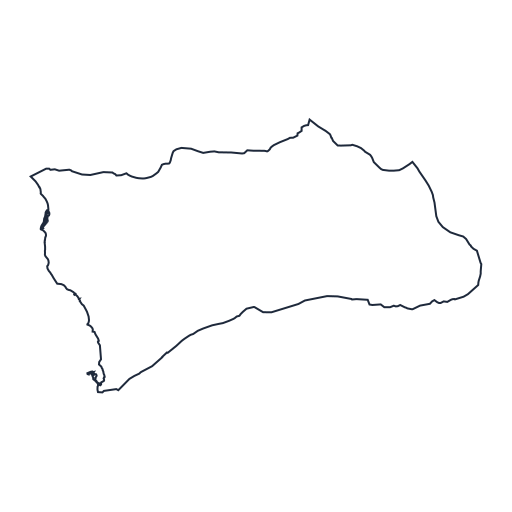 the district of Bajil, Al Hudaydah, Yemen
{"feature_id": "15242507B92683143356250", "entity_name": "Bajil", "entity_type": "district", "adm_level": 2, "iso_a3": "YEM", "parent_name": "Yemen", "parent_adm1": "Al Hudaydah", "projection": "orthographic", "projection_center": [42.982, 15.041], "detail": "fine", "context": "isolated", "style": "outline", "palette": "slate", "viewbox_px": 512, "rotation_deg": 0, "n_neighbors": 0, "source": "geoboundaries", "source_scale": "gbopen_adm2", "svg_char_len": 5806}
<svg xmlns="http://www.w3.org/2000/svg" viewBox="0 0 512 512"><path d="M476.9,250.7L473.5,248.8L471.0,246.4L470.8,245.6L469.5,244.5L466.1,239.0L463.2,236.5L458.7,235.2L450.3,232.3L442.8,227.1L438.4,221.8L436.3,216.2L434.5,202.6L433.2,197.4L432.9,195.1L431.7,191.8L428.7,185.6L425.5,180.5L419.3,171.5L417.5,168.3L412.4,161.9L409.4,164.2L402.9,168.4L399.2,170.2L393.4,170.7L389.3,170.7L382.8,169.9L381.1,169.1L379.5,167.7L373.8,162.1L372.2,158.0L371.3,156.4L370.1,154.8L365.0,151.7L364.2,150.7L361.0,148.1L357.2,146.3L352.4,144.8L350.7,145.3L341.1,145.6L337.7,145.5L333.1,141.0L331.7,137.8L331.3,137.7L330.5,135.3L329.8,134.1L325.9,131.1L318.2,126.4L309.6,119.6L308.1,125.1L306.1,125.3L304.1,125.9L301.6,127.4L301.6,130.9L299.2,132.5L297.6,133.3L297.4,135.6L293.2,137.7L290.0,137.8L287.9,139.0L279.9,142.2L273.9,145.1L272.2,146.3L270.7,147.6L269.8,149.3L268.1,150.9L267.1,151.4L265.6,151.0L264.3,150.8L253.0,150.7L247.3,150.3L244.2,153.2L242.1,153.5L231.4,152.5L218.7,152.3L214.4,151.4L210.4,151.7L203.2,152.9L197.9,151.2L191.1,148.7L181.4,147.9L176.4,149.3L173.6,151.1L172.8,152.6L172.2,154.5L171.1,158.2L170.7,160.3L169.8,162.7L169.1,163.5L167.5,163.7L165.5,163.7L163.6,164.1L161.9,164.8L160.7,167.5L158.2,171.9L156.4,173.4L152.8,176.0L150.9,176.9L146.7,178.0L144.7,178.4L142.7,178.5L138.5,178.2L136.2,177.8L131.7,176.5L129.5,175.5L127.6,174.4L127.2,173.9L126.4,173.3L121.2,175.2L116.4,175.5L115.3,174.2L113.6,173.4L112.4,172.5L103.4,172.1L90.3,175.0L82.0,174.5L71.9,171.2L71.1,170.4L69.3,169.7L59.1,170.7L54.8,169.3L50.4,169.8L49.2,168.7L46.1,168.7L30.7,176.5L35.5,181.3L38.0,184.8L39.2,187.1L39.4,187.0L39.7,187.4L39.7,187.6L40.4,189.1L40.5,190.0L40.8,192.1L40.7,193.5L40.9,193.9L43.0,195.9L43.4,196.5L45.4,198.8L46.8,201.5L47.6,203.5L48.0,205.2L48.4,209.2L48.3,210.6L48.4,211.2L49.2,212.5L49.4,214.0L49.0,215.3L48.8,215.5L48.6,215.4L48.2,215.6L47.5,216.7L47.5,218.0L47.3,218.4L47.3,219.9L47.6,220.0L47.7,220.5L47.2,220.4L46.7,222.3L46.5,222.2L46.0,223.0L45.8,223.7L43.4,226.5L43.2,227.1L42.5,227.7L42.3,228.0L42.7,228.3L42.4,228.4L41.9,228.2L41.9,227.8L42.3,227.0L42.1,227.2L42.2,226.6L42.5,226.4L43.0,225.4L43.6,225.0L42.8,225.0L42.8,224.8L43.1,224.8L43.0,224.7L43.0,224.4L43.8,224.1L44.3,223.5L45.0,223.1L44.6,223.1L44.2,223.2L44.4,222.9L44.2,223.0L45.1,222.3L44.9,222.1L44.6,222.3L45.2,221.6L45.3,221.0L45.1,220.9L45.4,220.6L45.2,220.4L45.5,220.0L45.3,219.9L45.5,219.6L45.5,219.3L45.9,218.8L45.9,217.9L46.2,217.4L46.7,217.0L46.4,217.0L45.8,217.6L46.0,217.2L46.5,216.9L45.7,217.3L45.9,216.9L46.0,216.9L46.0,216.5L46.4,216.3L46.1,216.3L46.0,216.1L46.6,215.1L46.5,214.7L46.8,213.6L47.5,213.2L46.9,212.9L47.2,212.8L47.0,212.7L47.2,212.3L46.9,212.3L47.0,212.1L46.8,211.9L47.3,211.1L47.2,210.5L47.6,210.4L47.4,210.2L47.1,210.2L46.4,211.1L45.8,212.1L45.1,216.5L44.2,218.6L43.8,221.8L43.4,222.8L41.6,225.6L41.0,227.2L40.7,229.0L40.8,229.3L43.2,230.4L45.4,232.7L45.9,234.1L46.0,235.5L45.7,236.7L45.3,237.2L45.0,239.8L44.8,240.1L44.9,240.6L44.7,241.0L44.8,242.3L44.6,242.4L44.7,243.1L45.1,246.8L45.1,249.7L44.9,250.8L45.0,252.8L44.9,254.8L45.5,256.3L47.9,259.2L48.4,260.5L48.7,262.5L48.6,263.2L48.1,265.1L47.2,266.2L47.5,268.5L48.8,270.9L50.2,272.5L51.2,274.2L51.6,274.6L53.7,278.3L57.2,283.7L61.3,284.1L63.8,285.2L65.4,286.8L65.9,287.8L67.0,289.2L68.6,289.9L70.4,290.3L73.5,292.2L74.8,293.7L73.8,295.0L75.1,293.5L75.3,293.6L73.8,295.5L74.8,294.4L75.7,294.7L77.4,296.3L78.5,298.0L78.8,298.9L79.4,298.8L79.0,299.3L79.9,300.4L80.0,300.9L79.9,301.2L80.1,301.3L80.1,301.5L81.9,304.2L83.7,305.6L85.8,309.5L87.0,311.8L88.6,316.5L89.0,320.1L88.8,321.6L88.3,323.2L87.4,324.2L87.4,324.6L89.2,325.3L90.4,326.0L91.4,327.0L92.3,328.1L92.8,329.3L92.6,331.6L94.5,331.9L95.5,334.4L98.1,338.6L98.8,340.8L98.3,341.0L97.9,341.8L98.1,342.6L99.9,345.3L101.0,359.3L99.2,362.0L99.0,364.5L101.3,366.6L101.9,368.2L102.6,369.2L102.7,370.2L103.3,371.5L103.5,372.9L103.9,374.4L104.2,374.8L104.7,376.9L104.5,377.3L104.0,377.4L103.6,378.5L104.0,379.2L104.1,380.3L103.9,380.9L102.9,381.4L102.7,381.7L101.4,382.2L101.1,382.6L101.1,384.0L100.6,384.0L100.6,385.1L100.3,385.3L99.9,385.1L100.0,384.0L99.5,383.4L98.5,383.4L98.4,383.1L98.1,383.1L97.7,382.9L97.4,382.3L96.1,381.5L96.4,381.0L96.3,380.7L95.2,380.3L95.1,379.5L95.6,378.3L95.6,377.5L96.5,376.1L96.6,375.4L96.1,374.3L95.0,374.3L94.8,374.0L94.5,374.0L94.0,374.1L93.7,374.5L93.9,374.8L93.6,375.2L92.8,375.3L92.6,374.9L92.6,374.5L92.5,374.3L92.6,374.0L92.2,373.6L91.6,372.5L91.6,372.0L93.6,372.5L93.9,372.0L93.2,372.2L92.5,371.5L92.2,371.5L90.4,371.9L87.4,373.2L87.6,374.1L88.8,374.5L89.0,373.8L88.9,373.6L89.1,373.3L89.6,373.3L90.3,373.3L91.0,373.6L91.6,374.2L92.1,374.8L92.8,376.9L93.4,377.7L93.2,378.6L93.6,379.2L93.5,379.4L95.5,380.9L96.8,382.5L97.5,383.0L98.0,384.2L98.1,385.6L97.6,386.5L97.5,388.2L97.5,389.8L98.0,392.1L102.4,392.4L103.9,390.9L116.3,389.1L118.3,390.2L129.4,378.9L134.4,375.9L139.3,373.6L140.6,372.3L142.0,371.5L152.1,366.2L162.3,357.2L162.2,356.9L166.9,352.5L167.7,352.8L176.3,345.9L180.8,341.7L182.3,340.4L184.6,338.7L188.8,335.9L190.7,334.8L193.2,334.0L197.8,330.8L203.2,328.5L212.2,325.3L218.7,323.9L222.9,323.1L229.1,320.8L233.6,318.8L234.9,318.0L236.7,316.5L239.4,315.8L240.7,314.0L242.9,311.8L246.5,308.7L253.7,307.0L254.5,307.1L263.1,312.2L271.4,312.3L298.4,304.0L304.9,300.5L327.1,296.1L337.7,296.4L351.5,299.0L352.0,299.5L356.5,299.1L367.7,299.8L369.5,304.5L372.4,305.0L380.7,304.4L384.3,307.2L390.1,307.2L393.8,305.7L395.8,306.4L397.8,306.2L400.2,305.0L405.0,307.4L405.9,307.6L407.4,308.4L412.1,309.3L413.1,309.0L420.1,305.6L429.9,303.8L432.1,301.4L434.4,300.1L437.2,302.2L439.0,303.0L440.6,303.0L443.7,301.4L447.3,301.9L450.9,299.8L452.5,299.2L454.3,299.0L454.9,299.4L463.6,296.7L467.9,294.2L478.2,285.0L478.4,282.4L478.8,280.5L480.1,276.5L480.7,273.7L480.7,271.3L481.3,264.1L480.6,262.9L476.9,250.7Z" fill="none" stroke="#1e293b" stroke-width="2"/></svg>